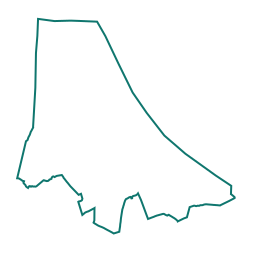 outline of Ketu South, Volta, Ghana, rotated 272°
{"feature_id": "2480657B7709388821831", "entity_name": "Ketu South", "entity_type": "district", "adm_level": 2, "iso_a3": "GHA", "parent_name": "Ghana", "parent_adm1": "Volta", "projection": "robinson", "projection_center": [1.022, 6.081], "detail": "fine", "context": "isolated", "style": "outline", "palette": "teal", "viewbox_px": 256, "rotation_deg": 272, "n_neighbors": 0, "source": "geoboundaries", "source_scale": "gbopen_adm2", "svg_char_len": 3606}
<svg xmlns="http://www.w3.org/2000/svg" viewBox="0 0 256 256"><g transform="rotate(272 128 128)"><path d="M42.9,164.5L43.3,165.7L43.4,166.3L43.4,166.9L43.2,167.3L42.9,167.8L42.7,168.3L42.3,169.0L42.0,169.8L41.9,170.3L41.9,170.5L42.0,170.6L42.1,170.8L42.4,171.1L42.6,171.3L42.7,171.5L42.7,171.8L42.2,172.5L42.0,172.9L41.5,173.8L40.8,175.1L40.3,175.9L40.1,176.3L39.9,176.7L39.3,177.7L38.7,178.6L38.1,179.4L37.1,180.5L36.8,180.9L36.4,181.0L39.6,187.0L40.8,190.0L51.1,192.4L52.7,196.7L52.7,197.0L52.6,197.6L52.4,198.2L52.3,198.8L52.4,199.3L52.6,199.9L52.8,200.4L52.8,200.7L52.7,201.2L52.7,201.6L52.8,202.0L52.9,202.3L53.1,202.5L53.3,202.8L53.4,203.1L53.4,203.6L53.4,204.1L53.4,204.5L53.5,205.0L53.6,205.5L54.0,206.3L54.2,206.9L54.3,207.5L54.4,207.8L54.4,208.2L54.5,208.7L54.2,214.9L54.2,215.3L54.1,216.0L54.1,216.8L54.1,217.7L54.0,218.5L54.0,219.2L54.0,219.9L53.9,220.7L53.9,221.5L53.8,222.7L54.2,223.3L58.7,231.8L61.7,237.0L61.9,237.0L62.4,237.0L62.8,236.8L63.3,236.1L63.9,235.4L64.5,234.6L65.2,233.7L65.5,233.2L73.8,233.2L83.6,217.3L104.3,186.2L121.7,164.6L143.7,146.2L163.6,131.4L192.2,116.1L219.0,102.2L233.2,93.4L233.3,74.7L233.3,67.0L232.3,50.8L233.9,34.3L216.8,34.2L199.7,33.4L164.9,34.0L125.5,33.1L125.3,33.2L124.8,33.0L123.4,32.3L122.1,31.7L120.6,30.9L119.1,30.5L117.6,30.0L115.2,28.8L112.4,28.0L111.2,26.5L73.9,19.0L73.9,19.4L73.8,20.0L73.8,20.5L73.7,20.9L73.6,21.2L73.3,21.6L73.0,22.1L72.7,22.7L72.4,23.1L72.2,23.5L71.9,23.8L71.7,24.2L71.5,24.5L71.4,24.9L71.4,25.3L71.3,25.7L71.2,26.0L70.8,25.9L70.4,25.4L69.4,25.5L68.7,26.1L67.8,27.1L67.4,27.4L67.2,27.6L66.5,27.9L66.1,28.1L65.6,28.6L65.2,29.2L64.8,29.9L64.6,30.2L65.4,30.6L65.7,30.8L65.9,30.9L66.3,31.2L66.4,31.5L66.5,31.7L66.5,32.0L66.3,32.2L66.2,32.3L66.3,32.5L66.2,32.8L66.0,33.1L66.0,33.3L66.2,33.5L66.4,33.8L66.5,34.1L66.5,34.4L66.4,34.7L66.2,35.0L66.2,35.3L66.2,35.6L66.2,36.0L66.3,36.3L66.3,36.7L66.2,37.1L66.2,37.4L66.2,37.8L66.4,38.2L66.8,38.8L72.8,45.4L72.8,45.7L72.8,46.1L72.7,46.4L72.6,46.6L72.5,46.8L72.4,47.0L72.4,47.3L72.4,47.6L72.3,47.8L72.3,48.0L72.1,48.5L72.2,49.4L72.3,49.7L72.4,50.1L72.7,50.4L72.9,50.7L73.2,50.9L73.4,51.1L73.7,51.3L74.0,52.0L74.1,52.4L74.2,52.7L74.4,53.0L74.6,53.3L74.9,53.3L75.4,53.4L75.7,53.5L76.0,53.7L76.4,54.0L76.8,54.4L76.9,54.8L77.0,55.2L76.8,55.6L76.6,56.0L76.4,56.3L76.6,56.7L77.6,58.3L78.7,63.5L78.3,63.8L77.7,64.3L77.2,64.7L76.8,65.0L75.9,65.4L75.2,66.1L74.9,66.3L74.6,66.6L74.1,67.0L73.6,67.4L72.4,68.4L71.5,69.2L71.0,69.7L67.8,72.4L63.3,77.1L59.5,81.0L60.6,83.3L55.8,84.9L54.3,84.5L54.0,84.2L53.7,83.8L53.2,82.8L52.9,81.5L52.5,80.9L39.5,85.4L40.1,86.1L40.9,87.0L41.6,87.7L42.1,88.3L42.5,89.2L43.0,90.3L43.3,91.3L46.4,96.6L46.6,97.0L46.8,97.3L46.5,97.3L34.4,97.6L32.2,96.9L31.9,97.3L31.4,98.1L31.0,98.8L30.4,99.9L29.8,100.9L29.3,101.9L28.9,102.9L28.5,104.0L28.2,105.0L27.9,105.7L27.3,107.2L26.2,109.3L25.2,111.3L24.5,112.8L23.8,114.2L23.0,115.8L22.1,117.4L24.0,122.9L26.9,123.2L29.3,123.5L31.6,123.6L33.9,123.9L35.7,124.0L37.4,124.1L40.8,124.5L46.5,125.2L47.1,125.4L48.8,125.9L49.9,126.1L50.7,126.4L53.0,126.9L53.9,127.2L54.7,127.4L55.5,127.7L56.8,128.4L57.2,129.0L57.4,129.6L57.8,130.2L58.1,130.7L58.6,131.3L58.9,132.0L59.2,132.7L59.2,133.0L59.1,133.3L58.8,133.5L58.4,133.6L58.0,133.7L57.8,133.8L57.8,134.3L58.0,134.6L58.4,134.6L59.1,134.6L59.6,134.8L60.0,135.2L60.3,135.8L60.5,136.6L60.6,137.0L61.0,138.2L61.1,138.4L61.8,139.2L62.1,139.7L62.5,140.0L63.0,140.3L56.7,143.4L53.1,144.9L41.6,149.6L37.8,151.2L38.0,151.6L38.1,151.9L38.8,153.6L39.2,154.5L39.8,156.0L40.3,157.2L40.8,158.2L41.1,159.0L41.5,159.9L41.9,161.3L42.4,162.8L42.9,164.5Z" fill="none" stroke="#0f766e" stroke-width="2"/></g></svg>